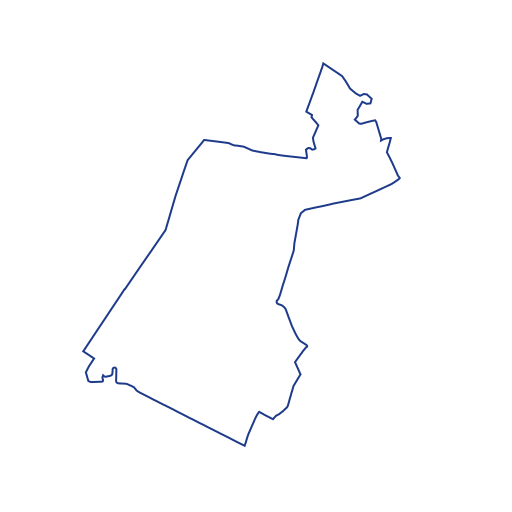 Ma'in, Amanat Al Asimah, Yemen, rotated 34°
{"feature_id": "15242507B87670464483241", "entity_name": "Ma'in", "entity_type": "district", "adm_level": 2, "iso_a3": "YEM", "parent_name": "Yemen", "parent_adm1": "Amanat Al Asimah", "projection": "albers", "projection_center": [44.173, 15.379], "detail": "fine", "context": "isolated", "style": "outline", "palette": "blue", "viewbox_px": 512, "rotation_deg": 34, "n_neighbors": 0, "source": "geoboundaries", "source_scale": "gbopen_adm2", "svg_char_len": 5421}
<svg xmlns="http://www.w3.org/2000/svg" viewBox="0 0 512 512"><g transform="rotate(34 256 256)"><path d="M147.9,192.1L147.3,197.8L146.3,208.5L145.7,214.7L148.7,225.9L151.6,236.3L155.5,250.5L156.2,252.7L157.4,256.5L159.5,263.1L163.7,276.2L166.5,285.1L166.3,311.3L166.1,325.6L166.0,337.7L165.9,356.8L165.6,357.0L165.7,367.9L165.9,402.2L166.1,431.6L179.1,431.5L179.1,433.2L179.2,441.0L180.0,447.6L186.8,453.3L188.2,453.2L189.7,452.8L198.5,446.4L199.0,445.7L199.0,445.4L198.9,445.0L198.7,444.6L196.5,442.5L196.0,440.4L196.9,440.6L197.8,440.6L198.8,440.3L202.1,436.9L202.6,436.1L203.0,434.9L202.8,434.1L201.8,432.2L200.4,429.9L200.3,429.3L200.3,428.7L200.4,428.4L201.1,427.6L201.9,427.3L203.0,427.5L203.4,427.8L204.3,429.1L206.7,432.8L209.8,437.7L210.4,438.4L211.4,438.8L212.1,438.8L213.0,438.5L213.4,438.4L214.1,437.9L215.4,437.2L218.6,435.2L220.4,434.3L222.5,433.9L222.9,433.9L223.8,433.7L225.9,433.3L228.4,433.1L229.7,433.5L230.7,433.8L231.8,434.2L232.8,434.3L233.3,434.3L234.3,434.3L236.4,434.2L237.7,434.0L244.8,433.1L246.7,432.9L247.2,432.8L248.1,432.7L249.9,432.6L254.8,431.9L255.6,431.8L256.3,431.8L256.9,431.7L259.8,431.3L261.8,431.1L262.4,431.0L264.7,430.6L266.0,430.5L267.9,430.2L274.4,429.4L274.8,429.4L279.8,428.8L285.4,428.1L286.6,428.0L287.0,427.9L288.8,427.7L291.8,427.4L293.4,427.1L297.3,426.6L302.0,426.1L303.4,425.9L306.0,425.5L312.9,424.7L315.9,424.3L324.0,423.3L325.0,423.2L325.9,423.1L329.2,422.6L329.5,422.6L330.8,422.4L334.0,422.0L335.7,421.8L344.4,420.8L348.0,420.3L352.7,419.7L352.6,419.4L352.0,417.1L351.7,415.9L351.0,413.9L349.9,410.3L349.7,409.4L349.6,409.1L349.3,407.8L349.1,407.2L348.8,405.1L347.6,398.9L347.2,396.4L346.8,394.4L346.5,392.7L346.3,392.0L346.2,391.0L346.0,389.7L345.8,387.8L345.7,387.2L345.7,385.6L345.7,383.8L345.8,383.4L347.7,383.3L348.1,383.2L349.7,383.1L350.3,383.0L351.4,383.0L353.9,382.7L354.8,382.6L356.2,382.4L357.8,382.2L358.2,382.2L359.9,382.0L361.3,381.8L361.5,380.3L361.7,379.0L361.9,377.3L362.1,377.1L362.3,376.5L362.9,375.5L363.2,374.9L363.6,374.2L363.9,373.2L364.5,371.4L364.7,370.8L364.9,370.2L365.0,369.9L365.2,369.2L365.5,367.8L365.6,367.4L365.8,366.1L366.1,365.2L366.2,364.7L366.3,364.3L366.3,363.3L366.2,362.7L366.1,362.3L366.0,362.0L365.8,361.3L365.3,359.7L364.7,357.9L364.2,356.5L364.0,355.9L363.3,353.6L361.9,349.5L361.6,348.3L359.8,342.9L359.3,333.8L359.1,329.5L359.1,329.2L358.1,328.7L357.7,328.4L355.0,326.7L353.7,325.9L352.9,325.4L347.7,322.2L347.8,318.2L348.0,312.2L348.1,311.3L348.1,308.9L348.4,305.8L348.6,303.9L349.0,302.7L348.9,302.2L348.6,301.9L347.7,301.6L347.0,301.6L346.0,301.6L345.2,301.6L341.6,301.7L341.0,301.7L340.3,301.7L337.8,301.1L332.7,298.6L324.8,293.9L320.8,291.0L316.1,287.7L315.0,286.8L314.5,286.5L310.4,283.5L308.0,282.7L305.5,282.4L304.6,282.6L304.3,282.6L303.7,282.8L301.5,283.4L300.9,283.5L299.8,283.4L298.7,282.4L298.3,281.8L298.4,280.7L298.5,279.6L298.6,278.9L298.2,277.7L298.1,276.6L297.3,273.8L296.5,271.2L294.4,264.6L293.7,262.1L292.5,258.0L291.8,255.7L289.0,246.9L288.5,245.2L286.7,238.8L285.5,234.6L284.3,230.6L283.8,229.5L280.8,224.2L273.4,207.5L273.1,206.8L270.8,202.2L269.3,195.3L270.2,192.5L270.6,191.1L270.7,190.5L271.6,189.5L273.1,187.9L273.8,187.2L274.1,186.9L275.0,185.9L277.2,183.6L279.4,181.3L281.3,179.4L281.5,179.2L282.8,177.9L289.7,170.6L289.8,170.3L292.1,168.0L294.6,165.5L296.5,163.6L298.1,162.0L299.0,161.1L302.1,158.0L303.7,156.4L304.5,155.6L309.2,151.0L310.4,149.8L310.9,148.9L311.3,148.4L311.9,147.3L312.7,146.0L317.1,138.7L318.8,136.0L319.1,135.5L321.5,131.5L322.7,129.5L328.3,120.2L328.6,119.3L329.0,118.6L329.5,117.3L331.3,112.8L331.4,112.2L331.6,111.0L331.1,110.8L330.5,110.6L328.7,110.0L326.1,108.3L322.4,106.0L319.0,103.9L316.6,102.4L313.9,100.9L313.2,100.5L312.8,100.2L306.5,96.8L304.9,92.0L303.5,87.5L301.8,82.8L300.8,83.4L299.0,84.9L298.8,85.1L298.5,85.3L298.2,85.7L296.5,87.8L295.7,89.2L295.1,90.4L294.9,90.0L294.7,89.5L294.3,88.8L283.7,80.1L282.0,78.7L281.0,77.8L278.9,76.9L276.8,79.0L273.4,82.7L270.1,86.6L269.6,87.3L269.3,87.6L267.4,88.5L266.5,88.3L265.4,88.2L261.7,87.7L262.0,84.1L262.0,82.9L258.5,78.0L258.3,74.0L258.0,69.9L257.9,68.7L259.2,68.5L260.2,68.3L262.6,68.0L265.5,65.5L265.0,63.9L264.3,62.0L264.0,61.0L258.0,60.1L257.7,60.0L255.7,61.0L254.8,61.4L252.7,65.0L249.3,65.3L248.3,65.4L245.9,65.2L240.2,64.6L239.8,64.4L238.7,63.8L232.0,60.7L229.3,59.7L227.9,59.1L226.6,58.7L225.6,58.7L214.1,58.7L210.6,58.7L205.4,58.7L204.1,58.7L205.6,63.2L206.0,65.3L206.5,66.8L207.7,71.6L209.1,77.0L209.8,79.7L210.2,81.0L211.5,86.2L211.7,86.8L212.4,89.5L212.6,90.5L215.2,100.9L215.3,101.5L216.5,106.3L217.0,108.2L223.6,107.8L224.5,110.0L225.0,110.1L226.4,110.5L232.2,112.0L234.6,112.8L236.4,122.4L236.5,122.7L236.5,123.0L237.1,126.2L239.8,129.1L241.4,130.4L242.6,131.4L245.1,133.4L245.0,133.9L244.9,134.4L244.7,134.8L243.6,136.0L243.1,136.4L242.4,136.4L241.0,136.3L240.5,136.3L240.0,136.7L239.0,137.2L238.8,137.6L238.6,138.2L238.5,138.5L238.2,138.9L238.2,139.6L238.0,140.0L240.7,142.9L242.6,145.1L243.2,146.0L243.2,146.7L224.0,156.8L220.0,158.8L217.3,160.1L216.2,160.5L213.8,161.4L213.3,161.8L211.1,163.0L210.1,163.5L207.5,164.7L206.0,165.4L204.8,165.9L201.3,167.6L200.6,167.8L198.7,168.6L198.2,168.9L197.4,169.2L193.7,170.7L193.4,170.7L192.2,170.9L184.7,172.2L182.4,173.3L180.7,174.1L177.9,175.4L177.3,175.8L177.0,176.0L176.7,176.2L176.4,176.4L173.6,177.1L172.6,177.3L170.3,177.6L167.9,178.8L165.3,180.1L161.7,181.9L148.1,188.8L147.9,192.1Z" fill="none" stroke="#1e3a8a" stroke-width="2"/></g></svg>